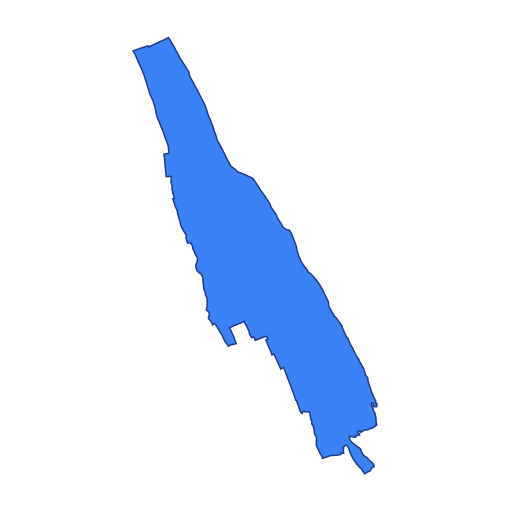 the district of Alexandru Vlahuta, Vaslui, Romania, rotated 178°
{"feature_id": "2599482B68541594325283", "entity_name": "Alexandru Vlahuta", "entity_type": "district", "adm_level": 2, "iso_a3": "ROU", "parent_name": "Romania", "parent_adm1": "Vaslui", "projection": "robinson", "projection_center": [27.622, 46.447], "detail": "fine", "context": "isolated", "style": "filled", "palette": "blue", "viewbox_px": 512, "rotation_deg": 178, "n_neighbors": 0, "source": "geoboundaries", "source_scale": "gbopen_adm2", "svg_char_len": 6017}
<svg xmlns="http://www.w3.org/2000/svg" viewBox="0 0 512 512"><g transform="rotate(178 256 256)"><path d="M371.7,465.3L369.1,460.1L366.6,453.3L364.3,448.2L363.8,446.6L362.9,444.6L361.6,440.7L360.0,434.9L359.6,433.8L359.2,432.0L358.8,430.5L357.1,424.4L356.5,421.8L353.6,414.9L351.8,408.6L350.7,401.3L350.0,398.5L349.5,396.9L348.3,394.2L347.5,391.6L346.1,387.8L344.5,383.9L342.8,377.7L340.8,372.3L339.9,369.2L339.8,368.1L339.6,364.6L339.2,361.8L344.5,360.9L344.0,356.4L343.6,347.9L342.9,338.4L337.6,338.5L338.3,334.8L338.3,332.9L338.0,330.9L337.6,330.1L337.5,329.2L337.4,328.0L337.7,326.4L337.6,325.4L337.2,324.4L336.9,321.4L336.0,318.8L335.7,316.7L335.5,316.3L337.2,316.0L336.7,314.7L336.3,312.8L335.3,310.3L335.2,308.9L334.9,308.1L334.1,306.3L333.0,303.5L333.0,302.0L332.8,300.7L330.9,293.6L330.5,291.1L330.1,289.4L329.2,287.0L327.0,282.7L326.7,282.5L324.9,279.0L324.9,278.6L325.3,277.3L325.3,276.5L324.1,271.6L323.9,271.2L320.9,271.4L319.0,267.8L318.9,265.8L318.2,264.0L317.8,263.3L317.3,261.3L316.6,259.5L315.1,257.3L314.7,256.2L314.5,255.5L314.6,254.6L315.3,251.8L316.3,249.6L316.4,248.8L316.3,248.2L316.5,247.4L316.1,245.2L315.2,243.1L313.2,241.1L312.3,240.5L311.9,240.5L309.8,236.5L309.7,235.4L310.0,234.0L309.7,231.5L309.7,229.5L309.4,228.1L309.3,225.5L308.7,223.0L308.3,222.7L308.0,221.9L307.9,221.1L308.0,219.9L307.8,218.9L306.8,216.5L306.2,214.1L306.2,213.4L306.5,212.8L306.5,212.3L306.2,211.3L306.6,209.2L306.7,207.1L307.5,204.7L307.5,203.9L306.7,203.1L305.9,202.5L304.6,200.6L305.0,197.9L305.6,196.5L305.7,195.1L303.2,192.0L302.1,189.8L302.0,188.7L299.3,189.9L297.7,187.0L297.3,186.7L297.0,185.5L296.8,185.0L296.1,184.1L295.4,182.9L294.5,180.9L294.3,181.0L293.0,178.8L291.6,175.2L290.2,172.1L286.8,166.8L285.5,167.3L285.2,167.9L284.5,168.1L283.8,168.1L278.9,169.1L281.2,176.6L282.9,180.4L284.0,183.4L285.1,185.1L281.5,186.7L271.8,190.3L270.0,191.2L269.9,190.4L269.4,189.1L267.4,185.5L266.9,184.0L265.5,180.8L265.1,178.0L263.3,174.7L262.6,174.6L261.8,175.3L261.3,175.4L261.1,175.3L260.4,174.2L259.7,171.8L251.4,174.6L248.2,175.4L247.0,172.5L249.0,171.9L248.9,171.4L247.3,166.8L244.9,161.0L243.6,156.8L243.5,156.6L241.4,157.5L240.2,154.3L239.1,152.0L237.5,147.6L236.2,144.9L235.3,142.2L232.2,143.5L223.8,118.8L221.2,110.4L220.6,110.2L220.5,109.8L218.2,102.7L217.0,98.6L216.2,97.5L215.6,97.0L215.2,97.2L214.6,98.9L213.9,99.2L212.5,98.5L208.2,98.4L207.5,96.6L207.6,95.7L206.9,90.7L206.2,89.2L205.9,87.7L206.2,86.5L205.1,84.3L204.4,83.6L204.3,83.3L204.5,82.1L203.9,81.1L204.0,79.7L203.9,79.2L203.9,78.4L203.7,77.6L203.8,76.9L203.4,75.7L203.4,75.3L202.8,74.9L202.1,73.0L202.0,70.5L202.3,66.1L202.3,64.9L202.2,64.4L198.9,56.5L197.2,53.8L196.8,53.0L196.7,51.4L188.2,54.0L180.3,54.2L179.9,54.5L179.2,54.6L178.3,54.6L178.2,55.9L175.2,55.8L175.4,57.7L175.4,59.7L175.3,60.7L175.8,61.3L174.9,62.1L173.8,63.3L172.6,64.0L172.1,63.7L171.2,62.7L170.2,61.0L168.5,55.2L166.1,50.0L164.8,47.8L163.5,46.2L162.7,44.7L162.1,44.1L160.2,41.6L158.1,39.5L157.5,38.3L155.2,34.9L155.1,34.6L151.8,36.3L149.6,37.2L148.6,38.4L148.3,39.4L147.9,39.9L146.6,40.9L145.3,41.2L145.5,42.9L146.0,43.9L147.2,45.5L149.9,47.9L152.1,50.6L154.8,52.5L155.6,53.3L156.0,53.8L157.6,57.2L158.0,58.9L158.7,60.0L166.3,66.0L167.0,66.8L168.0,68.2L168.6,69.3L169.0,72.1L166.6,72.4L166.5,72.2L164.8,71.7L163.0,71.5L162.6,71.6L162.3,71.8L162.7,72.7L162.7,73.1L159.1,73.4L158.7,73.5L158.9,74.2L159.0,75.1L159.3,75.4L160.3,75.8L160.6,76.1L160.7,76.8L160.5,77.0L157.9,77.6L157.6,77.1L157.4,76.1L157.2,76.2L156.6,76.7L155.5,76.9L154.7,77.8L153.7,78.2L150.1,78.4L148.3,79.5L146.7,79.7L145.0,80.4L144.1,81.0L143.0,81.5L142.1,82.4L141.4,82.7L141.4,83.6L141.8,87.6L141.8,90.2L142.2,92.5L142.6,93.9L142.7,95.1L143.5,96.2L144.3,98.5L144.2,99.1L144.6,99.6L145.0,101.6L145.5,102.0L145.8,102.4L145.9,103.7L145.8,104.7L145.1,105.1L144.1,104.9L143.9,104.7L143.7,104.0L143.8,103.5L144.0,103.4L143.6,101.5L143.2,101.3L142.5,101.2L141.6,101.5L141.2,101.1L140.5,101.3L140.5,101.5L140.6,102.4L140.3,103.2L140.4,104.2L141.0,104.6L141.5,104.6L141.6,104.8L141.4,106.6L141.6,107.5L143.0,110.0L144.1,113.2L144.8,114.7L147.1,122.4L148.6,128.2L148.5,130.4L148.9,131.0L149.7,131.6L150.8,133.7L150.9,134.7L152.1,138.1L152.3,139.9L153.5,141.3L153.7,142.1L154.2,143.3L156.4,147.4L156.8,148.9L157.3,149.9L157.7,149.8L158.4,151.3L158.6,151.4L159.5,153.3L160.2,154.5L162.0,158.9L162.6,160.7L163.5,161.7L163.6,162.7L163.9,163.3L164.8,163.7L165.0,164.3L165.1,165.1L165.9,167.2L166.8,170.1L167.3,170.9L168.0,171.4L169.0,173.4L172.2,181.2L172.6,183.4L173.6,184.6L174.5,186.3L175.8,188.0L176.8,189.5L177.1,190.1L178.2,191.6L180.2,193.7L180.7,195.0L182.1,197.3L183.5,200.5L184.6,202.3L185.1,204.6L185.1,206.0L185.4,207.7L186.5,210.5L187.3,211.9L188.3,214.5L189.2,216.1L190.0,218.6L191.5,221.5L192.2,222.5L192.5,223.6L196.3,229.6L198.0,231.4L198.4,232.1L198.6,232.5L200.8,235.2L202.5,236.8L203.4,237.3L204.3,238.1L206.2,241.6L208.1,244.0L210.7,248.1L212.9,253.6L213.9,256.5L214.0,257.9L214.4,258.5L214.6,259.0L215.4,264.3L216.6,268.0L217.8,271.4L218.2,272.9L218.9,274.4L219.7,276.9L221.3,280.0L221.7,280.6L222.2,280.8L223.4,280.8L224.1,281.0L225.2,281.6L227.7,283.6L228.3,284.3L229.7,287.3L232.6,292.2L233.8,294.7L234.1,296.3L238.5,303.0L239.6,305.3L240.1,307.3L241.6,309.9L245.1,315.7L246.3,317.4L248.0,320.1L249.0,321.3L250.7,324.5L251.3,325.3L253.5,329.0L256.4,333.5L257.5,334.4L259.8,335.3L264.5,337.9L271.5,340.8L272.5,341.7L273.3,342.9L277.3,346.1L277.9,346.7L281.7,354.0L284.3,360.0L285.0,361.2L285.4,362.7L286.0,363.7L286.8,365.6L287.2,366.0L288.4,368.6L288.7,369.6L289.7,370.9L291.1,374.1L291.5,376.9L292.0,377.9L292.5,380.1L293.3,381.9L294.0,385.0L294.8,387.7L295.6,389.6L296.3,391.9L296.9,393.6L297.3,394.9L298.1,396.2L299.5,400.9L300.5,404.6L301.7,408.5L308.3,422.6L311.8,429.4L312.7,431.8L315.3,436.4L315.9,438.0L316.3,439.7L316.6,441.8L316.9,442.6L317.3,443.4L318.2,444.5L320.1,448.3L324.7,455.7L328.0,462.8L328.9,464.2L330.6,468.1L333.6,473.3L335.1,476.2L335.9,477.4L340.1,475.4L356.1,468.7L356.6,469.8L365.3,467.3L371.7,465.3Z" fill="#3b82f6" stroke="#1e3a8a" stroke-width="1.5"/></g></svg>